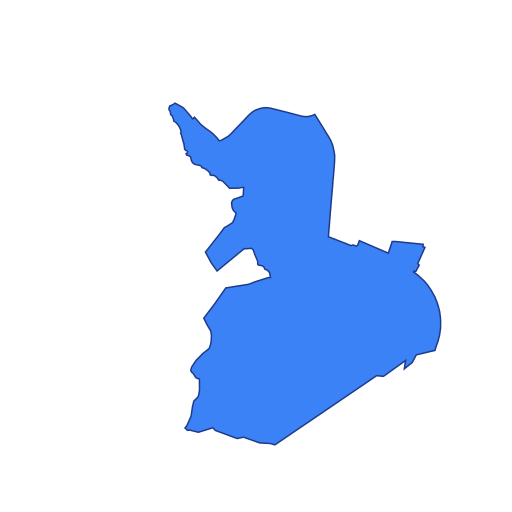 Kosofe, Lagos, Nigeria, rotated 149°
{"feature_id": "59680162B6009908161486", "entity_name": "Kosofe", "entity_type": "district", "adm_level": 2, "iso_a3": "NGA", "parent_name": "Nigeria", "parent_adm1": "Lagos", "projection": "albers", "projection_center": [3.4, 6.587], "detail": "fine", "context": "isolated", "style": "filled", "palette": "blue", "viewbox_px": 512, "rotation_deg": 149, "n_neighbors": 0, "source": "geoboundaries", "source_scale": "gbopen_adm2", "svg_char_len": 4045}
<svg xmlns="http://www.w3.org/2000/svg" viewBox="0 0 512 512"><g transform="rotate(149 256 256)"><path d="M132.9,347.1L135.1,347.4L137.1,347.9L139.0,348.5L141.2,349.6L142.8,350.7L144.5,352.0L149.5,357.1L156.1,363.9L161.8,369.6L167.1,374.9L167.6,375.4L168.9,376.4L170.5,377.6L171.3,378.2L174.8,379.8L177.4,380.5L178.2,380.7L181.2,381.3L184.0,381.4L188.7,380.7L193.2,379.5L197.3,378.3L199.2,377.8L210.7,374.7L214.9,373.5L217.6,373.0L218.4,372.9L222.5,373.0L225.5,373.0L226.6,373.1L227.8,373.6L228.4,374.0L228.4,374.3L228.3,375.2L228.6,377.3L229.8,382.4L231.4,386.8L233.3,391.1L233.5,391.6L234.0,392.9L235.4,396.8L235.7,397.8L235.8,398.2L235.8,398.7L235.9,399.3L236.1,400.4L236.8,404.4L237.3,406.7L237.8,406.5L238.8,406.2L239.4,406.0L239.7,406.2L239.8,406.9L240.0,409.2L241.3,417.0L241.9,420.4L245.0,425.9L246.7,428.7L248.2,428.6L250.0,428.6L251.5,428.8L252.4,429.1L253.3,428.5L254.4,427.6L255.1,426.4L255.3,425.9L255.1,424.7L255.1,424.2L255.4,423.2L255.7,422.5L256.1,421.9L256.2,421.2L256.2,420.8L256.1,420.1L255.7,419.6L255.7,419.2L255.7,418.8L255.9,418.2L256.0,416.7L256.2,416.2L256.5,415.2L257.0,414.1L256.7,413.4L256.0,412.0L255.6,410.5L255.5,409.4L255.4,408.9L255.2,408.0L255.3,407.0L255.3,406.6L255.3,405.3L255.4,404.2L255.5,403.6L255.8,402.2L256.4,400.8L256.9,400.3L257.4,400.0L257.5,398.7L257.7,397.8L258.3,395.7L259.9,390.2L259.9,389.9L259.9,389.3L260.1,388.9L260.6,388.2L260.9,387.1L261.2,386.3L261.7,385.4L262.0,384.7L262.2,384.3L261.8,382.6L261.2,382.1L261.0,381.7L260.9,381.2L260.9,380.8L261.1,380.5L261.6,380.0L262.1,379.7L262.8,379.7L263.3,379.7L263.4,378.6L263.4,378.1L262.7,377.4L261.8,376.2L261.1,374.9L261.2,374.1L261.6,372.8L262.1,371.6L262.3,370.3L262.3,369.1L262.1,367.9L261.7,366.9L261.2,366.0L260.1,365.0L258.2,363.2L257.3,362.3L256.8,361.6L256.7,361.0L256.7,360.4L256.9,359.7L256.6,359.4L255.4,358.0L254.6,356.7L253.9,355.3L253.3,353.5L253.0,352.0L252.8,351.1L252.9,350.6L253.4,349.6L253.5,349.1L252.6,348.1L251.7,347.4L250.8,347.1L250.1,346.0L249.5,344.5L249.2,343.7L249.0,342.8L249.0,341.4L248.7,339.9L248.0,339.7L246.8,338.5L246.0,337.2L245.3,334.5L244.6,331.5L243.8,327.8L237.0,323.7L235.8,323.1L233.6,322.3L231.6,321.4L231.6,321.2L231.3,321.0L235.9,314.4L236.1,314.1L241.5,315.1L245.8,316.1L246.3,316.0L247.0,315.8L247.8,315.5L248.3,315.2L249.1,314.6L249.7,313.9L250.1,313.1L250.5,312.1L250.9,311.3L251.6,309.6L251.8,307.8L251.9,306.7L251.5,304.7L250.9,303.2L252.5,301.5L255.7,298.8L258.6,296.9L260.0,296.6L267.6,296.5L268.3,296.7L277.3,293.0L284.4,290.3L297.3,285.4L297.9,273.5L297.1,263.2L262.3,268.4L262.3,268.1L255.9,264.9L255.2,262.6L256.1,258.8L257.3,250.6L258.7,248.2L258.7,247.1L255.6,244.3L254.8,242.2L255.3,240.4L253.6,237.9L252.9,234.9L254.6,230.2L257.1,231.3L270.2,234.4L276.8,235.5L298.3,244.2L316.5,236.1L332.8,229.6L333.4,221.5L333.4,215.0L335.1,210.8L338.4,205.9L341.0,203.1L343.9,200.8L351.8,199.8L361.0,197.4L366.2,195.0L368.4,193.9L370.7,191.8L371.1,189.9L370.4,188.0L370.3,185.7L370.2,182.6L369.1,181.0L367.8,179.8L373.4,170.3L376.5,166.6L378.2,165.1L384.0,163.7L388.2,159.4L394.1,152.2L402.6,146.2L405.4,145.2L404.5,141.8L402.3,140.8L401.7,140.1L396.2,134.6L381.5,131.0L380.7,127.4L366.1,109.2L360.1,107.2L349.1,93.9L340.3,87.9L337.1,84.4L214.3,91.3L208.7,87.2L181.6,89.4L187.0,82.9L177.0,84.2L169.5,88.7L151.2,82.9L149.0,85.0L143.9,89.2L139.6,93.4L134.9,99.2L131.5,104.7L129.7,108.1L127.2,113.8L125.6,119.2L125.3,120.4L124.7,123.0L123.7,129.0L123.7,130.6L123.5,136.6L123.8,142.4L124.1,144.3L124.6,147.6L126.1,152.8L127.2,156.4L129.2,161.2L128.7,161.6L126.9,160.5L120.8,164.1L121.4,166.1L106.7,176.4L108.2,178.2L106.6,179.9L129.0,196.6L131.8,198.3L141.1,190.3L147.0,198.5L159.5,215.9L163.6,212.7L164.9,212.8L166.5,214.8L167.6,215.7L169.2,215.9L172.4,220.2L184.0,235.2L183.6,235.8L171.6,252.6L159.0,270.1L155.9,274.3L152.9,278.5L152.7,278.8L152.8,278.9L151.6,280.4L148.4,284.7L140.2,296.2L138.1,299.5L136.8,301.6L135.5,304.7L135.2,305.5L133.3,311.1L132.4,316.6L132.3,321.4L132.4,326.7L132.4,331.1L132.6,343.2L132.7,347.1L132.9,347.1Z" fill="#3b82f6" stroke="#1e3a8a" stroke-width="1.5"/></g></svg>